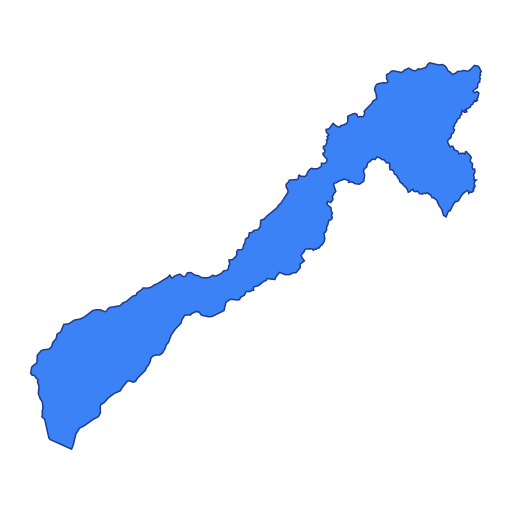 outline of Casabianca, Tolima, Colombia
{"feature_id": "7082276B30278837884902", "entity_name": "Casabianca", "entity_type": "district", "adm_level": 2, "iso_a3": "COL", "parent_name": "Colombia", "parent_adm1": "Tolima", "projection": "robinson", "projection_center": [-75.127, 5.008], "detail": "fine", "context": "isolated", "style": "filled", "palette": "blue", "viewbox_px": 512, "rotation_deg": 0, "n_neighbors": 0, "source": "geoboundaries", "source_scale": "gbopen_adm2", "svg_char_len": 6028}
<svg xmlns="http://www.w3.org/2000/svg" viewBox="0 0 512 512"><path d="M71.6,449.2L73.4,444.3L75.9,434.0L79.5,428.2L84.6,425.5L93.0,419.5L98.3,416.7L100.4,412.9L100.3,406.1L100.9,404.5L104.5,402.3L108.1,398.1L114.1,393.5L120.3,390.8L122.7,386.9L127.6,381.0L130.5,381.0L132.1,382.0L134.3,382.0L135.6,381.3L137.4,378.2L145.5,370.2L146.7,367.1L148.3,365.3L150.1,361.8L150.9,358.3L152.7,356.1L155.9,355.0L159.8,354.9L162.5,353.0L165.1,348.5L166.2,344.9L168.4,342.4L171.4,334.7L175.6,328.7L181.0,323.2L181.9,319.8L184.4,315.7L186.0,315.0L190.5,315.0L191.6,313.6L196.4,311.4L197.5,312.0L199.0,311.9L200.9,314.6L202.5,315.5L208.8,316.8L212.2,316.4L224.0,310.6L225.9,302.5L229.4,299.8L231.1,299.3L237.5,300.0L239.4,299.7L240.8,297.1L244.4,295.2L245.9,291.9L247.7,291.4L249.7,291.7L252.2,290.2L253.6,290.3L253.4,288.1L253.8,286.9L258.5,285.6L264.0,281.2L265.9,280.7L267.1,278.6L274.8,279.5L276.3,276.3L279.6,272.4L285.2,274.7L289.7,274.6L293.3,272.7L296.0,272.7L300.1,267.9L300.4,266.8L299.9,264.4L304.4,260.8L301.7,257.1L301.2,255.4L301.7,254.3L303.7,252.4L305.0,249.6L306.3,248.9L310.4,249.0L310.9,248.5L312.6,249.2L313.3,250.3L314.6,249.3L316.2,249.3L317.1,248.2L319.1,248.0L320.8,245.5L322.1,244.8L324.4,241.1L324.8,238.1L323.9,233.9L324.5,232.6L325.7,231.8L326.7,229.7L326.5,227.2L327.8,224.9L328.8,220.4L330.8,219.9L331.9,218.8L332.3,217.3L331.4,215.5L332.4,213.4L331.2,210.7L331.0,207.7L327.5,204.9L327.0,202.4L327.8,201.4L330.7,202.6L332.7,200.1L332.9,198.4L332.2,196.2L333.5,195.0L333.7,193.5L334.8,192.8L335.8,191.3L333.7,185.1L333.9,184.0L334.9,182.9L336.7,182.6L338.7,181.2L344.1,179.2L348.6,180.4L348.5,182.3L351.9,181.9L355.2,183.7L359.4,184.2L363.7,181.3L364.6,175.9L364.4,173.8L363.6,172.2L363.8,169.6L366.8,166.8L367.5,163.2L371.1,160.6L371.7,159.3L375.2,159.5L377.0,156.9L379.6,157.8L382.4,159.8L383.7,159.4L386.6,163.0L389.1,162.9L389.9,164.7L389.5,166.8L390.0,169.7L392.0,169.8L393.4,171.0L394.6,174.3L396.0,174.7L397.1,176.1L397.6,177.7L398.8,178.5L399.8,181.6L401.6,183.4L402.8,183.9L403.2,185.0L406.2,187.7L407.6,190.0L408.2,192.2L409.6,191.8L412.8,189.1L413.9,191.3L415.6,191.7L417.9,191.3L419.4,193.6L422.3,194.1L424.1,193.2L425.4,193.6L427.4,192.6L429.1,194.4L430.5,194.6L432.0,197.6L433.8,198.0L437.2,200.5L437.2,201.7L439.1,205.6L441.6,209.1L443.5,215.3L446.1,216.9L448.3,211.3L448.8,210.8L450.0,211.0L453.8,203.5L455.7,201.4L457.3,201.5L458.6,200.5L461.2,195.9L463.1,193.6L467.0,190.4L468.4,191.4L468.8,193.4L469.9,192.3L471.9,192.2L473.7,190.8L473.0,189.2L474.0,188.7L474.2,187.3L475.1,186.4L474.2,186.1L474.7,184.7L474.1,183.2L475.2,181.0L476.3,180.1L473.7,179.6L474.2,177.7L473.5,174.9L475.0,171.9L474.6,169.0L473.0,169.3L472.2,167.5L472.5,163.6L470.4,161.8L470.3,159.8L471.3,157.7L470.4,156.0L466.2,151.5L465.3,152.0L465.1,153.6L464.5,154.1L463.6,153.2L461.2,153.6L460.8,153.1L458.9,154.0L457.9,151.3L454.0,149.7L454.0,148.5L452.8,146.4L451.8,146.1L450.0,146.9L447.5,142.0L448.1,140.0L449.4,138.5L450.4,138.3L451.3,136.2L451.3,134.3L453.0,133.1L454.5,129.8L453.3,128.1L453.5,126.9L454.5,126.0L454.2,125.1L457.0,120.9L457.0,119.6L459.9,117.7L459.9,115.9L461.7,114.4L461.3,112.4L462.7,111.5L462.5,110.7L464.5,112.4L466.8,111.9L466.7,110.9L465.0,110.3L465.0,109.9L466.1,109.8L466.5,108.8L467.8,108.6L470.5,107.0L471.0,104.9L472.9,104.1L473.2,102.4L474.1,101.9L474.7,100.5L475.8,101.5L477.6,100.2L476.7,98.3L477.8,97.6L478.9,93.0L476.9,91.5L474.4,92.7L473.0,91.2L473.7,90.0L477.5,87.6L477.9,83.2L479.8,82.0L479.7,80.0L480.4,78.5L479.7,77.7L479.6,76.6L480.6,74.9L480.0,73.3L481.3,71.5L479.1,67.3L478.2,66.2L474.4,65.4L470.7,69.4L467.6,71.3L463.7,70.4L461.2,71.3L457.6,71.4L456.0,72.9L452.5,74.5L450.4,72.3L447.7,70.5L446.5,67.6L444.6,65.6L442.3,64.5L439.1,65.0L429.7,62.8L428.1,64.0L425.7,67.5L420.5,69.2L418.5,68.8L415.5,70.9L412.0,70.2L408.9,68.1L404.8,69.9L401.8,72.5L393.1,70.8L391.0,71.4L389.6,73.1L386.6,74.6L386.5,78.6L387.9,81.2L387.7,82.2L385.8,82.9L383.4,82.7L378.2,83.7L376.4,84.6L375.2,86.9L374.6,89.7L376.1,93.8L376.7,98.7L372.9,101.1L371.9,103.3L364.2,111.1L364.6,114.2L363.2,116.5L361.9,116.8L360.2,116.4L358.6,117.1L357.5,116.3L357.0,114.4L354.9,113.4L353.1,113.8L347.7,116.3L347.8,121.5L346.5,123.5L342.7,125.3L340.7,125.5L340.2,126.9L339.5,127.2L336.3,126.1L333.1,123.3L328.9,128.9L326.1,129.4L326.2,131.6L327.3,133.5L328.7,134.4L328.8,135.3L327.0,136.4L328.0,139.0L326.4,140.0L327.1,141.8L325.7,145.5L323.4,146.5L323.4,148.5L325.2,150.8L324.3,152.6L322.8,153.4L323.4,155.2L327.4,159.7L326.1,162.4L324.7,163.4L321.4,163.3L321.5,165.2L321.0,166.6L317.5,168.7L312.8,168.9L311.9,168.2L309.7,169.4L307.7,172.0L306.4,175.2L305.1,176.4L301.0,176.3L299.0,175.1L298.6,175.6L298.3,178.6L297.2,179.5L289.3,180.1L288.7,181.7L286.1,184.4L286.1,186.8L287.9,190.2L288.0,192.2L281.0,203.1L279.0,204.7L276.6,208.1L266.7,216.2L264.2,219.0L260.7,220.3L260.3,226.3L258.4,229.2L257.1,230.0L254.2,230.3L251.5,232.7L249.3,232.8L248.5,237.2L246.1,238.5L245.4,239.5L244.9,242.8L243.7,244.8L242.6,249.2L241.5,249.8L237.9,249.8L236.7,251.7L236.9,254.6L236.1,256.1L232.4,259.7L229.1,259.9L228.9,260.7L229.8,264.1L228.9,265.4L228.2,268.9L226.9,270.4L223.9,270.7L221.0,273.6L216.5,275.8L214.9,276.1L212.7,275.2L210.1,277.1L207.4,277.8L201.5,277.6L198.1,275.6L195.0,275.2L191.2,272.7L190.0,272.5L187.3,272.9L185.7,275.9L184.7,276.5L183.1,276.6L180.4,274.4L179.1,274.3L174.4,276.1L172.9,277.9L172.0,278.1L169.7,275.1L168.1,277.1L156.9,284.0L154.3,284.8L151.7,286.9L148.1,288.1L142.9,288.0L141.7,289.7L136.9,293.0L136.2,295.2L132.8,296.1L126.2,301.6L122.8,302.9L120.2,305.7L109.6,307.5L108.1,308.6L106.4,311.1L105.0,311.7L100.4,309.8L96.9,309.7L92.8,310.5L84.2,317.1L80.5,318.9L74.3,320.1L68.8,323.8L63.8,324.4L60.7,331.9L57.0,334.2L56.2,338.5L52.7,342.6L51.4,347.0L48.7,349.2L43.5,349.8L41.1,350.7L37.3,355.3L36.9,362.8L32.3,366.3L31.5,367.9L30.7,373.4L32.1,375.2L33.7,375.3L35.2,376.4L36.3,378.3L38.1,379.6L37.5,382.0L39.0,386.3L38.3,393.3L40.2,398.8L42.0,401.3L42.6,403.6L42.9,408.8L42.2,410.9L42.4,414.3L41.9,416.8L44.7,419.3L48.9,438.1L50.3,439.6L71.6,449.2Z" fill="#3b82f6" stroke="#1e3a8a" stroke-width="1.5"/></svg>